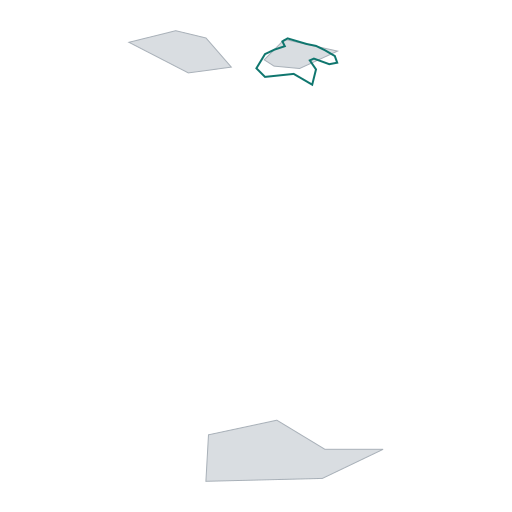 where Saint John sits in United States Virgin Islands
{"feature_id": "VIR-4869", "entity_name": "Saint John", "entity_type": "state/province", "adm_level": 1, "iso_a3": "VIR", "parent_name": "United States Virgin Islands", "parent_adm1": "", "projection": "robinson", "projection_center": [-64.723, 18.338], "detail": "fine", "context": "in_parent", "style": "outline", "palette": "teal", "viewbox_px": 512, "rotation_deg": 0, "n_neighbors": 0, "source": "natural_earth", "source_scale": "10m", "svg_char_len": 616}
<svg xmlns="http://www.w3.org/2000/svg" viewBox="0 0 512 512"><path d="M276.8,420.2L324.9,449.3L383.1,449.3L322.4,478.4L205.9,481.3L208.5,434.8L276.8,420.2ZM231.3,67.1L188.3,72.9L128.9,42.3L175.7,30.7L206.0,38.0L231.3,67.1ZM337.5,51.1L299.6,68.5L274.0,66.1L264.2,59.8L284.4,39.4L337.5,51.1Z" fill="#d9dde1" stroke="#a8b0b8" stroke-width="1"/><path d="M313.9,58.6L309.8,60.4L316.0,69.4L312.2,84.7L293.7,73.9L265.0,76.9L256.4,68.3L265.0,54.1L274.5,49.6L284.8,46.2L282.4,41.4L287.6,38.4L306.7,44.0L316.0,45.9L324.5,50.0L334.8,56.0L337.2,62.7L329.3,64.2L313.9,58.6Z" fill="none" stroke="#0f766e" stroke-width="2"/></svg>